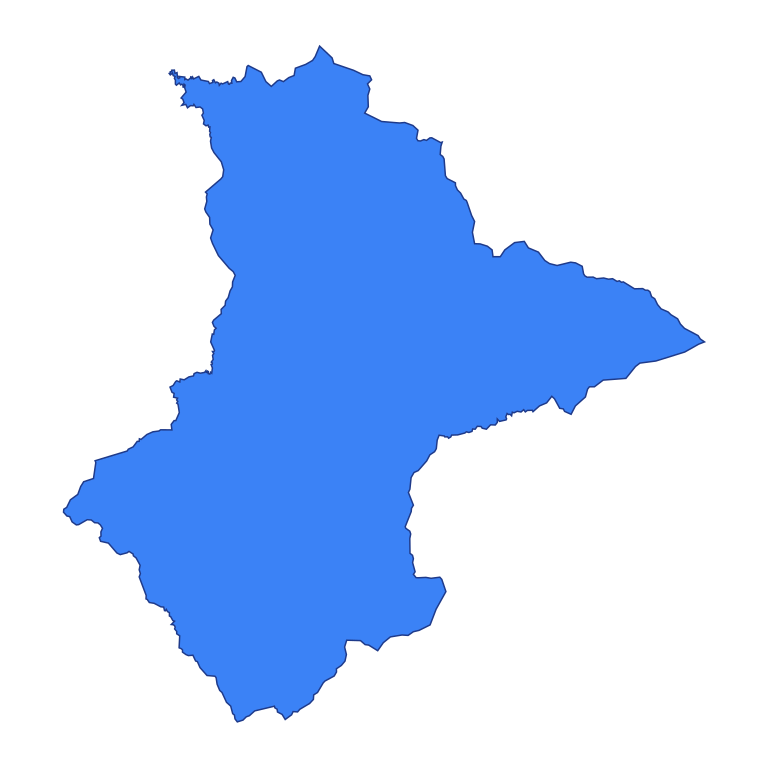 outline of Villanueva, Bolívar, Colombia
{"feature_id": "7082276B78136311282892", "entity_name": "Villanueva", "entity_type": "district", "adm_level": 2, "iso_a3": "COL", "parent_name": "Colombia", "parent_adm1": "Bolívar", "projection": "orthographic", "projection_center": [-75.277, 10.445], "detail": "fine", "context": "isolated", "style": "filled", "palette": "blue", "viewbox_px": 768, "rotation_deg": 0, "n_neighbors": 0, "source": "geoboundaries", "source_scale": "gbopen_adm2", "svg_char_len": 6022}
<svg xmlns="http://www.w3.org/2000/svg" viewBox="0 0 768 768"><path d="M442.2,142.1L440.7,142.6L431.8,137.8L429.9,137.9L426.5,140.4L423.9,139.6L420.4,141.0L417.9,140.7L416.5,138.4L418.0,130.2L412.9,125.5L404.7,122.5L399.5,123.0L381.6,121.5L364.7,113.1L368.3,106.8L367.9,95.4L369.8,89.0L367.5,83.9L371.6,79.8L369.8,75.9L362.9,74.7L353.6,70.3L333.8,63.5L332.1,57.9L319.6,46.1L315.2,56.6L312.6,60.4L305.7,64.4L295.4,68.2L294.1,75.5L288.8,77.6L283.4,81.6L279.5,80.0L277.3,80.9L271.3,86.4L265.9,81.6L261.3,72.2L248.2,65.5L247.0,66.6L245.1,76.6L240.9,81.5L236.7,81.8L234.9,78.0L233.2,77.3L231.5,80.5L231.8,83.2L230.2,83.0L229.5,84.3L228.5,84.1L227.7,81.6L222.6,83.9L221.1,83.2L219.3,85.3L218.9,83.2L216.8,82.0L215.4,82.8L213.8,79.7L212.5,80.5L212.9,82.4L209.5,83.6L208.4,81.5L200.9,80.0L198.8,76.4L193.6,78.9L192.6,77.0L191.8,78.7L191.0,78.5L191.0,76.1L190.5,78.1L188.0,80.1L185.9,78.9L184.8,79.5L184.8,77.1L178.9,76.4L179.7,77.8L178.4,78.5L177.5,77.6L177.0,72.6L175.0,73.4L174.4,70.1L171.7,70.2L171.8,71.6L170.3,71.7L170.3,72.9L169.2,73.4L170.3,74.9L172.5,73.2L173.2,75.6L175.1,76.5L174.4,78.4L175.4,80.1L175.4,84.1L176.4,85.2L179.2,83.0L180.6,84.9L181.8,84.2L182.9,85.0L183.1,87.1L183.7,87.1L184.1,84.2L185.1,85.1L184.6,87.5L186.1,92.1L181.1,98.0L182.8,99.2L184.0,102.6L181.8,105.3L185.8,104.4L187.5,107.8L190.5,105.6L193.2,105.8L193.9,104.4L196.0,107.5L200.1,107.0L202.6,108.9L203.4,113.1L201.9,115.2L204.2,120.4L203.5,123.9L206.0,125.8L208.1,125.1L208.7,127.1L209.9,126.9L209.6,131.3L210.5,132.6L209.8,134.4L210.2,136.8L211.3,137.4L210.5,141.2L211.6,148.0L214.0,152.6L221.3,161.8L223.7,169.8L222.7,176.7L220.8,179.0L205.5,192.1L207.2,193.9L206.4,197.0L206.8,201.4L204.7,208.9L205.8,211.9L209.6,217.4L209.9,224.2L213.1,229.9L210.6,238.0L212.5,243.4L218.4,255.6L229.3,268.4L233.2,271.6L235.2,275.4L232.6,281.9L232.4,286.9L230.1,290.9L228.2,297.6L225.6,301.1L225.1,305.4L221.1,309.4L221.3,313.7L213.7,320.1L212.4,322.4L214.0,326.4L216.1,328.2L214.4,329.9L213.7,334.3L212.3,334.0L210.7,341.9L214.5,350.5L214.0,351.5L212.5,351.5L213.8,353.7L212.5,355.3L213.2,359.4L211.3,362.1L212.4,363.1L212.1,364.3L211.1,364.5L212.4,368.0L211.7,373.2L210.6,372.2L209.8,374.1L208.2,373.6L208.4,371.6L207.5,371.1L207.2,372.5L206.4,372.4L205.9,370.7L204.6,372.4L200.4,373.2L197.0,372.3L194.1,373.6L193.5,375.9L188.9,376.9L184.2,379.8L180.2,379.0L179.8,382.0L176.8,380.8L175.7,381.5L173.1,385.5L170.0,387.1L172.0,392.3L174.1,393.4L173.6,397.2L177.6,398.2L176.6,399.9L177.8,401.5L176.7,403.1L178.0,404.2L179.3,412.6L175.8,420.6L174.1,420.6L171.2,424.4L171.9,429.9L160.6,429.8L158.9,431.0L152.9,431.8L146.9,434.5L141.1,439.4L139.4,438.8L139.2,441.3L137.2,441.4L133.1,446.9L128.3,449.2L127.2,451.0L95.1,460.7L95.8,462.6L93.5,478.5L83.7,481.7L80.7,486.5L77.8,494.4L70.4,499.8L66.7,507.4L63.8,509.2L63.5,512.2L66.9,516.0L69.7,516.6L72.1,521.9L76.3,524.9L78.7,524.6L87.2,519.7L91.3,520.0L94.6,522.7L97.9,522.9L100.3,524.8L102.5,528.3L100.9,531.9L101.0,536.1L99.3,537.7L100.6,541.3L108.4,543.1L116.9,553.0L120.2,554.6L127.1,552.8L129.0,551.4L133.1,554.0L133.4,555.8L136.1,557.9L140.1,565.3L139.2,569.8L140.4,573.6L139.2,576.9L146.2,595.5L146.0,598.9L147.3,599.5L149.3,602.5L154.1,603.3L160.8,606.8L163.7,607.1L164.5,610.6L165.4,610.8L166.3,609.4L167.5,611.6L169.4,612.6L169.4,616.0L170.7,616.7L172.8,620.5L174.5,621.2L171.3,624.5L173.5,624.8L174.6,625.8L175.2,627.2L174.6,628.9L176.7,631.4L176.7,633.8L179.7,635.8L179.1,647.8L181.4,648.8L182.5,649.9L182.5,652.1L186.0,654.6L188.4,655.6L192.9,655.2L195.6,661.0L197.4,661.6L200.0,667.6L207.0,675.5L214.9,676.2L216.1,677.6L217.1,684.2L219.7,690.4L222.0,692.5L226.5,702.3L230.7,706.1L232.7,713.7L234.4,715.0L235.0,718.9L237.3,721.9L243.0,720.1L246.3,716.8L249.4,715.7L254.7,710.9L274.4,706.2L274.9,707.9L277.1,709.2L277.5,712.0L282.1,714.4L285.2,719.5L291.6,714.8L293.1,711.6L297.6,711.9L299.8,709.3L309.7,703.4L313.4,699.4L313.7,694.9L317.5,692.5L323.2,682.9L325.0,681.0L334.2,676.0L336.5,672.0L336.4,668.8L341.4,665.4L345.0,661.1L346.4,654.5L344.6,647.0L346.7,640.2L360.5,640.6L365.1,644.6L368.7,645.1L377.7,650.7L383.3,642.7L390.4,636.9L402.0,635.0L408.1,635.4L413.4,631.7L419.0,630.4L430.1,624.9L436.1,609.2L445.9,591.6L441.8,579.4L439.8,577.2L431.1,578.3L425.9,577.4L417.8,577.8L416.0,577.6L413.4,574.3L415.1,571.8L412.6,562.6L413.4,558.7L412.5,555.3L410.0,553.3L409.8,538.5L410.7,534.0L409.8,531.2L405.8,528.3L405.2,526.7L411.2,511.6L411.5,508.3L413.4,505.2L408.4,492.5L409.9,489.2L411.1,477.6L414.0,472.5L418.2,470.6L426.7,460.9L429.9,454.8L434.6,451.7L436.3,448.7L437.2,440.1L439.1,435.2L444.3,436.0L444.8,436.9L447.6,436.8L448.6,438.2L450.7,437.0L451.7,435.1L457.7,434.9L464.9,433.0L466.4,431.8L468.9,432.5L472.0,431.4L472.6,429.0L475.2,429.2L477.3,426.3L481.0,426.5L482.2,428.2L486.4,429.2L490.6,424.8L495.3,425.0L497.3,422.4L497.3,419.0L499.5,421.4L506.1,419.9L506.6,418.8L505.8,416.9L507.1,413.5L508.5,414.5L510.1,414.3L511.6,415.8L512.3,412.2L514.0,412.8L517.2,411.3L521.0,412.0L523.7,409.7L525.3,411.9L527.4,410.4L532.3,410.3L533.0,411.7L539.5,405.9L546.6,402.9L551.8,396.3L554.5,398.8L559.7,408.3L563.3,408.9L564.6,411.4L571.1,414.3L575.4,405.9L585.4,397.0L587.6,389.1L589.4,386.8L594.4,386.8L603.2,380.1L625.9,378.4L635.5,366.5L639.9,363.1L655.9,361.0L684.8,352.0L698.6,344.2L704.5,341.9L700.3,339.0L698.1,335.6L684.5,328.4L680.4,324.1L677.6,318.8L670.9,314.7L668.2,312.0L661.1,308.9L657.5,304.5L654.7,298.7L651.6,296.7L649.9,291.7L647.8,290.2L645.4,290.2L642.7,288.6L634.5,288.8L623.3,281.9L621.5,282.3L619.4,280.8L617.0,281.4L612.6,278.7L608.5,279.2L603.7,278.0L596.5,278.7L593.2,277.1L587.2,277.2L584.9,275.9L583.6,273.9L582.2,266.3L575.6,262.9L570.7,262.2L557.1,265.5L549.5,263.6L544.8,260.5L538.4,252.1L528.4,247.9L524.3,241.4L514.6,242.6L504.8,249.9L500.3,256.7L493.0,256.7L492.1,249.9L487.4,246.2L480.1,243.9L474.6,243.7L472.4,232.3L474.6,221.5L471.6,215.5L467.1,202.3L466.3,200.5L463.8,199.0L460.6,193.1L457.4,189.9L455.5,185.7L455.4,182.8L447.2,178.6L445.4,175.7L444.1,159.0L442.8,156.5L440.2,154.5L440.9,146.2L442.2,142.1Z" fill="#3b82f6" stroke="#1e3a8a" stroke-width="1.5"/></svg>